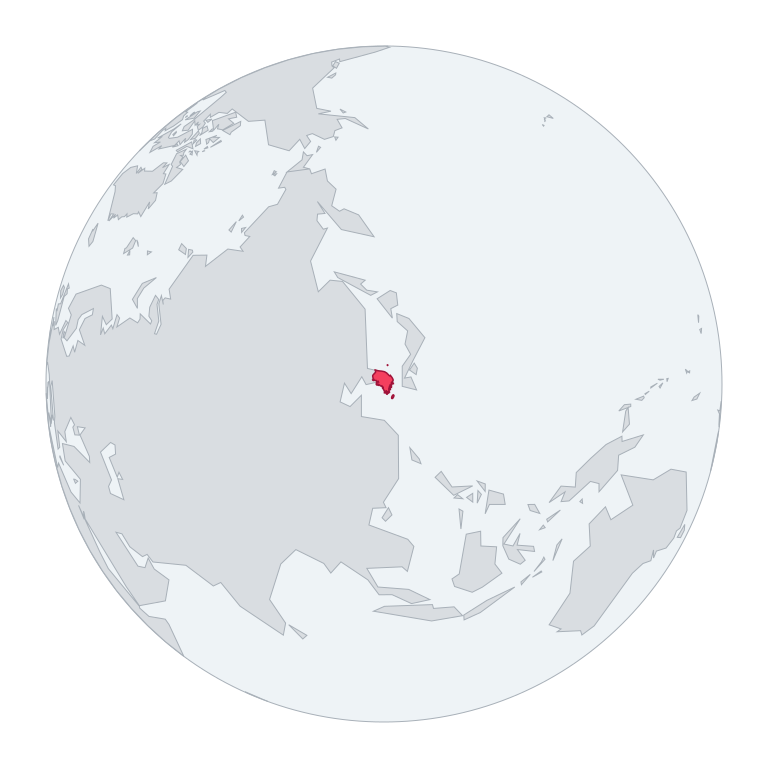 the Earth from above South Korea, rotated 311°
{"feature_id": "KOR", "entity_name": "South Korea", "entity_type": "country or territory", "adm_level": 0, "iso_a3": "KOR", "parent_name": "Asia", "parent_adm1": "", "projection": "orthographic", "projection_center": [127.333, 35.912], "detail": "fine", "context": "on_globe", "style": "filled", "palette": "rose", "viewbox_px": 768, "rotation_deg": 311, "n_neighbors": 0, "source": "natural_earth", "source_scale": "50m", "svg_char_len": 14614}
<svg xmlns="http://www.w3.org/2000/svg" viewBox="0 0 768 768"><g transform="rotate(311 384 384)"><circle cx="384" cy="384" r="338" fill="#eef3f6" stroke="#a8b0b8"/><path d="M642.2,575.3L641.9,576.8L641.6,577.2L642.2,575.3ZM641.8,165.5L639.9,163.6L641.8,167.3L628.7,159.6L598.3,139.2L600.1,137.2L592.6,133.3L589.9,136.1L589.9,138.9L560.5,136.0L547.9,152.4L555.1,165.0L544.8,157.2L565.9,187.2L566.2,204.9L559.0,180.6L553.0,175.0L549.8,184.3L543.0,180.7L537.5,183.4L529.6,178.6L526.0,165.7L520.8,162.6L518.9,169.5L509.7,169.7L513.4,159.9L497.8,159.4L488.8,139.9L505.0,121.0L493.3,109.4L492.0,89.0L485.4,88.2L480.7,81.2L471.3,78.0L473.7,76.0L464.1,75.4L463.7,78.0L459.3,78.7L453.7,77.4L455.8,74.2L458.9,74.4L456.7,72.9L460.1,72.0L455.3,71.7L458.5,68.5L447.1,69.7L442.8,65.7L447.2,64.3L457.4,66.9L493.1,72.7L500.7,73.6L501.1,71.3L479.4,60.9L483.4,61.4L480.9,60.3L473.8,58.3L473.2,58.7L459.4,55.7L460.3,57.5L454.8,56.9L451.4,58.5L440.5,55.9L431.6,52.7L433.8,51.6L430.0,50.5L418.5,50.2L413.7,47.7L399.3,46.4L424.4,48.5L449.4,52.5L474.0,58.3L498.1,65.9L521.5,75.3L544.2,86.5L565.9,99.2L586.7,113.6L606.3,129.5L624.7,146.9L641.8,165.5ZM695.5,337.5L692.6,331.6L695.4,331.9L695.5,337.5ZM690.2,330.5L691.3,331.9L690.2,331.2L690.2,330.5ZM688.9,331.5L689.8,330.7L689.0,332.3L688.9,331.5ZM687.4,333.7L688.1,332.2L688.1,332.7L687.4,333.7ZM684.2,335.1L683.3,335.3L683.6,333.2L684.2,335.1ZM591.1,141.0L590.5,136.6L595.5,135.9L596.7,139.8L591.1,141.0ZM580.6,143.9L578.5,140.2L587.1,143.6L585.6,144.6L580.6,143.9ZM561.8,175.4L562.6,170.4L564.2,176.7L561.8,175.4ZM538.1,184.7L540.1,187.4L536.4,187.8L538.1,184.7ZM457.7,60.0L454.7,59.2L456.9,59.3L457.7,60.0ZM459.1,61.6L463.9,62.2L465.3,63.0L462.3,62.6L459.1,61.6ZM521.0,180.9L514.5,181.0L520.5,178.6L521.0,180.9ZM452.9,60.7L467.1,64.6L469.4,66.2L460.1,66.3L452.9,60.7ZM510.3,179.6L494.7,181.0L497.6,186.8L480.4,171.7L499.4,175.1L506.3,170.9L505.8,176.1L510.3,179.6ZM465.9,79.4L466.2,76.6L471.1,80.4L465.9,79.4ZM470.2,81.7L491.8,93.7L488.7,97.8L482.1,92.7L482.2,99.6L470.1,95.6L467.3,90.9L471.7,88.9L463.7,89.0L470.2,81.7ZM473.5,163.6L469.1,162.3L473.0,161.2L473.5,163.6ZM457.9,79.4L462.6,81.2L460.2,84.8L450.5,81.8L454.4,81.6L457.9,79.4ZM488.2,103.6L484.7,106.1L473.9,103.5L471.1,104.2L469.5,95.9L488.2,103.6ZM452.1,80.1L445.6,80.4L441.6,77.6L453.2,77.9L452.1,80.1ZM463.7,87.0L462.1,88.7L459.8,86.7L463.7,87.0ZM423.9,68.9L429.5,70.4L428.8,72.3L423.9,68.9ZM443.5,80.7L444.9,81.7L445.2,82.7L440.3,82.4L443.5,80.7ZM462.0,94.8L458.3,93.4L462.1,98.0L454.2,96.7L454.6,91.6L451.1,93.2L448.7,92.8L451.7,89.2L462.0,94.8ZM436.2,85.5L434.0,79.3L423.7,75.8L424.1,73.9L440.5,80.0L436.2,85.5ZM445.1,87.9L439.7,85.9L442.9,84.3L448.5,84.6L445.1,87.9ZM448.7,97.7L460.8,101.1L460.3,102.2L448.7,97.7ZM432.6,84.7L433.3,86.3L431.5,84.7L432.6,84.7ZM443.1,94.0L447.4,94.9L446.7,96.1L443.1,94.0ZM430.9,88.9L430.2,86.7L434.0,86.8L430.9,88.9ZM436.0,91.4L434.0,92.8L435.8,88.1L438.0,91.6L436.0,91.4ZM441.7,94.9L442.7,95.9L440.0,94.4L441.7,94.9ZM416.8,90.3L418.2,84.3L426.6,84.2L424.2,90.0L416.8,90.3ZM155.4,135.1L146.4,144.4L141.6,149.6L133.7,157.0L106.8,192.5L110.8,190.3L97.1,218.7L94.8,232.6L112.9,217.4L116.8,193.8L128.1,180.4L133.5,191.0L131.7,213.4L136.1,209.1L146.1,188.0L154.8,187.2L150.6,180.6L145.6,187.7L142.8,184.1L147.3,177.5L150.2,177.2L153.3,169.6L138.7,174.3L132.0,182.1L134.6,168.7L123.6,180.7L121.1,180.7L138.6,160.6L143.8,156.7L168.9,131.3L163.6,134.0L139.6,158.5L143.1,153.7L135.7,159.0L144.0,151.3L171.6,125.1L179.9,115.6L176.8,117.0L206.0,96.8L194.4,104.7L200.4,101.3L218.0,91.0L210.4,96.2L215.1,94.0L208.7,99.3L213.1,101.0L208.7,106.4L223.2,102.3L222.9,105.0L214.4,106.3L206.1,110.8L196.7,126.4L198.6,128.0L208.8,124.4L205.0,129.7L216.0,124.4L216.9,132.8L225.1,118.5L237.3,115.4L244.9,118.5L250.3,115.2L238.1,110.4L231.9,111.0L224.2,115.3L208.6,116.4L209.1,112.3L231.0,102.6L234.1,96.2L249.8,92.6L273.2,105.8L276.4,114.8L254.7,136.2L246.6,135.5L250.3,127.1L235.1,137.8L242.0,135.4L238.7,140.3L249.6,139.6L247.8,143.1L261.2,137.0L260.3,141.2L251.8,145.0L267.1,148.9L268.5,157.9L272.9,157.3L277.0,154.0L276.1,168.4L279.3,167.3L280.9,162.1L288.3,156.8L301.0,153.4L300.0,158.5L295.2,160.4L283.8,172.7L271.4,177.8L272.3,179.7L282.8,176.6L296.8,161.4L304.7,158.0L299.2,165.3L301.8,162.3L305.4,162.3L308.1,167.3L314.6,159.6L355.9,155.5L365.1,165.8L355.6,172.1L383.4,177.6L391.7,190.6L393.0,185.5L407.3,185.9L404.9,181.7L406.6,179.4L442.1,180.7L449.7,185.7L466.5,182.3L467.3,180.0L462.6,175.9L480.4,171.7L497.6,186.8L495.1,191.3L507.6,198.5L500.1,208.1L499.6,220.0L484.2,227.6L485.2,237.1L490.0,238.9L495.0,253.9L488.6,279.9L472.6,250.5L478.0,214.0L474.0,227.6L468.6,222.4L463.3,226.2L461.0,236.6L464.6,239.0L428.6,247.9L410.5,273.9L427.0,275.2L434.2,285.4L428.1,320.6L384.9,361.3L394.0,378.7L392.5,388.8L379.9,393.0L381.8,378.2L371.8,370.9L374.9,362.5L355.2,365.5L358.7,353.6L341.7,362.6L344.7,373.2L360.7,374.3L344.6,388.3L356.8,408.1L354.7,428.4L322.2,457.1L294.4,461.1L292.0,466.7L282.8,457.0L267.7,465.1L282.4,503.8L281.0,513.1L257.9,524.6L257.9,517.6L233.6,492.0L226.8,512.6L245.2,537.4L251.4,560.1L236.3,548.8L230.3,528.3L221.7,518.6L225.6,500.3L221.5,468.2L206.4,467.9L209.1,456.3L201.2,426.1L180.4,424.2L146.3,439.0L139.0,466.6L128.4,472.8L121.9,421.1L127.1,391.0L119.6,387.7L117.2,353.4L98.1,326.4L100.0,317.0L95.3,315.0L94.4,299.0L99.0,284.5L96.3,279.0L85.1,317.8L88.6,324.1L97.9,320.2L93.6,332.0L95.1,350.2L76.9,361.3L56.2,344.8L61.9,322.6L86.1,247.0L89.7,242.7L90.2,242.0L90.9,240.6L85.2,246.5L92.0,233.1L70.7,280.0L63.8,297.1L55.7,345.5L54.6,346.5L54.4,359.1L63.0,373.2L61.4,379.6L52.5,399.6L47.2,411.5L46.1,387.9L46.7,364.2L48.9,340.7L52.7,317.4L58.2,294.4L65.2,271.9L73.8,249.9L84.0,228.5L95.6,207.9L108.6,188.2L122.9,169.4L138.6,151.7L155.4,135.1ZM121.9,249.4L126.0,263.6L137.9,245.2L140.5,249.4L143.5,241.9L138.7,243.8L148.3,224.8L155.0,227.4L161.5,221.0L160.5,216.0L146.6,214.7L132.8,241.3L126.0,243.3L121.9,249.4ZM247.2,79.5L240.7,82.7L236.7,83.4L242.4,78.8L248.2,77.4L247.2,79.5ZM232.4,87.3L252.6,80.2L249.9,83.5L248.0,82.7L244.2,85.6L240.1,85.2L217.8,96.2L212.8,97.8L226.0,87.1L224.4,89.4L230.8,85.7L232.4,87.3ZM309.0,63.7L317.8,62.7L300.6,70.8L294.4,71.0L299.7,65.8L310.0,62.7L309.0,63.7ZM433.7,61.0L438.2,61.6L437.6,62.3L433.3,62.3L433.7,61.0ZM426.6,69.4L413.7,59.9L418.1,59.9L405.2,55.4L411.9,53.8L420.0,56.5L415.5,52.5L425.5,54.3L421.1,51.8L438.5,58.1L447.3,60.3L435.0,58.3L428.6,59.6L428.5,60.8L434.8,66.3L450.6,72.4L446.8,75.4L439.9,75.9L435.6,74.9L439.4,73.1L430.8,73.0L433.0,69.8L426.6,69.4ZM361.4,91.2L367.7,87.7L350.8,90.6L352.9,85.8L350.8,86.5L348.1,83.1L341.2,80.4L343.8,78.4L340.0,78.3L338.1,76.4L333.8,75.7L336.8,72.1L331.7,71.1L336.0,70.0L326.5,69.4L334.9,68.4L333.3,66.3L326.0,68.5L352.8,54.8L357.5,51.2L356.8,49.2L371.4,48.7L381.3,50.8L387.0,54.9L380.4,58.9L388.1,58.4L387.3,60.4L381.5,60.0L389.9,61.9L387.6,63.6L392.7,69.7L406.2,72.4L408.4,75.1L402.0,74.9L408.7,77.8L398.0,79.5L399.4,81.6L390.2,85.7L377.1,84.8L379.5,87.3L372.7,91.1L361.4,91.2ZM413.9,91.3L397.7,90.3L390.9,87.5L409.7,81.6L410.0,79.4L421.8,76.4L431.4,80.8L427.1,81.2L425.2,82.6L423.0,80.6L423.4,83.3L417.5,84.1L416.2,86.5L411.3,85.4L413.9,91.3ZM142.6,149.7L140.1,152.9L137.6,156.8L132.9,160.6L142.6,149.7ZM161.1,131.7L159.8,133.4L152.0,139.8L154.7,136.9L161.1,131.7ZM165.7,129.4L160.3,133.0L164.8,129.3L165.7,129.4ZM213.8,108.1L213.2,110.2L210.5,111.5L207.8,111.6L213.8,108.1ZM311.6,101.9L316.3,99.6L317.8,100.3L329.9,98.7L329.3,102.5L321.7,105.1L311.6,101.9ZM109.8,216.7L106.6,216.3L108.6,212.3L109.3,213.2L109.8,216.7ZM117.3,186.3L112.5,195.6L116.1,187.3L117.3,186.3ZM313.0,105.8L318.1,104.6L314.6,107.3L313.0,105.8ZM329.4,105.4L326.5,108.5L330.6,102.8L329.4,105.4ZM62.0,486.6L60.6,480.9L66.5,499.4L68.3,504.6L62.0,486.6ZM335.5,622.8L346.0,625.3L345.7,626.4L335.5,622.8ZM324.5,617.2L336.3,619.3L322.7,619.4L324.5,617.2ZM340.9,620.2L353.0,619.5L358.2,618.2L357.3,620.5L340.9,620.2ZM316.6,615.9L274.7,606.6L258.5,599.2L262.0,595.8L288.2,603.6L316.6,615.9ZM260.7,595.3L236.4,575.4L205.6,525.1L216.5,530.2L249.3,565.3L247.1,568.6L261.8,583.1L260.7,595.3ZM320.9,585.8L318.6,597.1L295.2,591.5L284.7,587.2L277.5,570.1L281.5,563.2L290.0,565.4L324.6,544.6L336.3,553.5L325.3,563.4L335.0,575.8L320.9,585.8ZM139.8,470.0L143.7,490.7L138.3,490.0L139.8,470.0ZM339.8,527.0L325.0,537.2L338.9,522.6L339.8,527.0ZM348.8,512.1L349.1,518.8L343.9,511.6L348.8,512.1ZM290.4,475.9L281.4,475.2L281.8,470.3L293.6,468.5L290.4,475.9ZM352.9,445.3L350.6,459.7L348.1,464.2L345.0,454.9L352.9,445.3ZM315.0,142.4L298.8,139.8L286.7,141.8L279.3,148.3L282.8,138.6L301.4,135.6L315.0,142.4ZM350.9,153.0L357.4,148.2L359.3,151.6L358.1,153.2L350.9,153.0ZM351.5,149.2L350.6,141.0L357.2,139.2L356.6,145.9L351.5,149.2ZM331.1,121.8L326.3,120.6L329.2,118.2L331.1,121.8ZM538.4,684.6L532.2,687.7L563.7,669.7L568.1,667.3L558.5,673.4L557.3,674.1L538.4,684.6ZM462.6,708.6L460.7,705.9L475.4,703.1L470.6,706.6L462.6,708.6ZM573.1,663.4L581.5,656.8L583.3,653.0L584.0,655.1L592.3,649.7L571.3,665.2L573.1,663.4ZM404.1,695.6L339.3,701.3L324.4,698.0L326.8,694.2L310.6,677.2L315.3,678.3L310.6,666.6L348.1,661.6L374.6,643.3L397.0,646.0L413.0,630.6L436.6,631.7L430.4,644.3L455.8,651.3L471.0,622.6L488.3,650.1L508.0,656.5L515.8,669.8L487.4,695.6L469.4,702.0L465.1,701.1L457.8,703.8L445.3,704.5L436.6,699.2L429.5,701.6L435.6,696.3L425.7,701.3L418.4,697.2L404.1,695.6ZM573.6,627.3L577.6,626.6L584.3,628.3L577.9,630.0L573.6,627.3ZM632.3,586.5L634.3,587.2L630.1,590.3L632.3,586.5ZM641.6,577.2L636.6,581.2L642.2,575.3L641.6,577.2ZM592.4,605.2L594.5,606.1L592.9,607.3L592.4,605.2ZM590.8,605.3L592.9,601.7L592.8,604.5L590.8,605.3ZM571.4,596.1L573.6,593.9L574.7,594.8L571.4,596.1ZM361.5,627.3L375.9,620.1L384.0,620.0L361.5,627.3ZM567.8,593.7L562.1,595.0L562.6,593.2L567.8,593.7ZM568.0,589.8L567.3,587.6L571.2,592.1L568.0,589.8ZM556.8,587.3L564.0,589.8L556.0,588.0L556.8,587.3ZM552.6,588.9L547.5,588.1L547.8,587.3L552.6,588.9ZM496.8,601.4L515.7,613.1L500.9,614.8L484.2,607.8L472.0,617.0L443.7,617.0L449.9,611.6L445.9,603.7L417.2,600.4L411.4,594.8L421.4,591.4L402.8,586.4L423.1,584.6L431.7,596.0L443.3,587.2L463.8,588.8L484.0,591.3L500.7,597.8L496.8,601.4ZM423.7,609.0L427.2,609.0L424.2,612.2L423.7,609.0ZM537.7,584.1L545.2,587.9L544.3,589.4L540.8,589.3L537.7,584.1ZM504.4,595.5L522.2,584.2L526.4,583.7L514.7,595.6L504.4,595.5ZM517.7,578.9L526.1,579.0L530.7,583.4L528.9,585.0L517.7,578.9ZM382.0,596.8L381.3,599.9L376.1,597.0L382.0,596.8ZM388.7,595.5L404.6,599.8L387.3,598.0L388.7,595.5ZM341.9,579.5L346.4,587.6L360.5,584.7L349.7,590.2L359.6,603.4L356.4,607.5L346.6,593.3L343.6,606.2L337.4,605.1L333.7,593.1L339.9,579.8L346.1,574.6L371.7,575.2L341.9,579.5ZM388.5,586.5L384.4,577.3L387.5,571.7L392.0,576.7L388.5,586.5ZM372.6,554.5L362.3,542.6L352.4,545.5L372.8,532.8L379.3,546.4L372.6,554.5ZM364.6,529.9L355.2,532.5L365.2,524.8L364.6,529.9ZM353.1,528.5L352.6,520.7L359.7,522.7L353.1,528.5ZM369.3,530.8L371.9,517.9L375.0,526.0L369.3,530.8ZM350.9,502.9L365.3,517.8L345.7,509.6L347.1,483.8L355.6,484.5L350.9,502.9ZM412.2,402.1L411.3,394.1L419.6,393.1L417.8,398.8L412.2,402.1ZM445.8,384.5L421.5,390.3L401.9,395.6L407.0,399.7L400.9,412.5L394.2,399.3L409.4,386.1L423.9,384.6L427.9,373.7L439.6,367.0L439.8,353.0L445.5,347.4L449.8,359.8L445.8,384.5ZM439.2,347.1L443.8,322.9L458.6,327.3L460.9,333.5L452.6,342.6L445.3,339.7L439.2,347.1ZM449.2,318.6L442.2,315.8L434.0,279.3L436.0,272.9L450.0,301.7L444.1,300.8L443.5,309.4L449.2,318.6ZM469.5,165.1L469.2,162.5L472.2,165.0L469.5,165.1ZM405.0,177.1L407.9,174.4L411.3,176.9L405.0,177.1ZM417.8,168.5L411.8,167.4L418.5,166.4L417.8,168.5ZM398.5,165.9L409.7,166.0L398.4,169.0L398.5,165.9Z" fill="#d9dde1" stroke="#a8b0b8" stroke-width="1"/><path d="M380.7,373.0L380.9,372.9L380.9,372.7L380.9,372.2L381.3,371.8L381.9,371.1L382.2,370.7L382.5,370.3L382.9,370.0L383.2,369.9L383.8,369.8L384.9,369.9L385.1,369.8L385.9,369.8L386.1,369.9L386.7,369.9L387.3,369.9L387.6,369.7L387.9,369.6L388.1,369.2L388.4,368.6L388.6,368.1L388.8,368.0L390.0,370.6L391.1,372.3L392.0,373.5L393.4,375.9L393.8,377.1L393.9,377.9L394.1,379.0L393.9,379.6L394.0,380.6L393.9,381.1L393.8,381.5L393.8,382.2L393.9,382.6L393.9,383.1L394.0,383.3L394.4,383.1L394.7,383.1L394.6,383.7L394.3,385.2L394.0,386.3L393.6,387.3L393.1,388.2L392.4,388.6L391.9,388.7L391.1,388.8L390.3,388.6L389.7,388.8L389.4,388.9L389.2,389.3L389.4,389.8L389.4,390.1L389.1,390.1L388.6,389.9L388.0,389.9L387.7,389.8L387.4,389.2L387.1,389.3L386.6,389.6L385.8,389.6L385.6,389.8L385.5,390.0L385.6,390.3L386.0,390.7L385.9,391.0L385.5,391.2L385.1,390.8L384.9,390.3L384.7,390.3L384.3,390.4L384.3,390.9L384.4,391.2L384.7,391.6L384.3,392.0L384.2,392.3L384.0,392.5L383.2,392.1L383.3,391.7L383.7,391.4L383.7,391.0L383.6,390.8L382.5,391.7L381.9,392.7L381.5,392.6L381.4,392.4L381.2,392.3L380.5,392.9L380.4,393.4L380.1,393.4L380.0,393.2L380.0,392.7L379.9,392.3L379.1,391.8L378.8,391.3L379.0,391.0L379.6,391.2L380.1,391.1L380.0,390.9L379.8,390.8L380.2,390.7L380.4,390.4L380.2,390.3L379.9,390.5L379.6,390.4L379.5,389.8L379.1,389.1L379.0,388.4L379.3,388.1L379.5,387.5L379.8,386.7L380.0,386.4L380.4,386.2L380.6,386.0L380.3,385.9L379.9,385.8L380.0,385.5L380.2,385.4L380.5,385.2L381.1,384.8L381.2,384.2L380.7,383.9L380.8,383.6L381.0,383.4L380.9,383.2L380.5,382.9L380.2,382.5L380.3,382.1L380.3,381.5L380.3,380.9L380.3,380.7L380.1,380.0L380.0,379.4L379.7,379.5L378.8,379.4L378.6,379.4L378.5,378.9L378.7,378.3L379.4,377.8L379.7,377.7L380.0,377.5L380.4,377.5L381.0,377.8L381.4,377.9L381.7,378.5L381.8,378.6L381.9,378.4L382.2,378.1L382.3,377.9L382.2,377.8L381.8,377.7L381.4,377.0L381.4,376.6L381.2,376.4L381.5,375.8L381.0,375.2L380.8,374.9L380.8,374.3L380.6,373.9L380.5,373.7L380.4,373.3L380.5,373.2L380.7,373.0ZM379.0,399.8L378.8,400.0L378.6,399.9L378.3,399.5L378.2,399.3L378.4,399.0L379.1,398.4L380.9,397.9L381.2,397.9L381.9,398.1L382.0,398.6L381.9,398.9L381.7,399.2L380.9,399.6L380.3,399.8L379.0,399.8ZM390.8,390.5L390.4,390.9L389.7,390.4L389.6,390.1L390.1,389.7L390.5,389.3L390.8,390.5ZM387.6,390.5L387.5,391.1L387.2,391.1L387.0,390.8L386.7,390.9L386.4,390.5L386.4,390.1L386.8,389.8L387.1,390.0L387.4,390.1L387.6,390.5ZM378.7,393.1L378.3,393.1L378.2,392.9L378.1,392.6L378.6,392.1L378.7,391.9L379.2,392.0L379.4,392.3L379.1,392.7L378.7,393.1ZM380.2,373.2L380.2,374.0L379.9,374.0L379.8,373.9L379.7,373.7L379.5,373.0L379.7,372.7L380.1,373.0L380.2,373.2ZM378.4,390.9L378.3,391.1L378.1,391.0L377.9,390.6L377.8,390.3L377.6,390.1L377.9,389.8L378.4,390.4L378.4,390.9ZM379.7,380.6L379.6,380.9L379.3,380.7L379.2,379.8L379.5,380.1L379.7,380.6ZM400.8,374.5L400.6,374.6L400.3,374.5L400.3,374.3L400.4,374.1L400.7,374.0L400.8,374.2L400.8,374.5ZM381.2,393.2L381.3,393.5L380.9,393.5L380.7,393.2L380.9,392.9L381.2,393.2ZM386.3,391.6L386.2,391.8L386.0,391.6L386.2,391.3L386.3,391.6Z" fill="#f43f5e" stroke="#9f1239" stroke-width="1.5"/></g></svg>